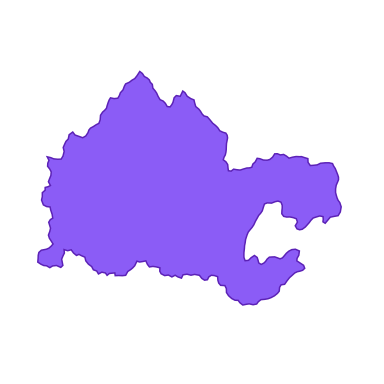 outline of Nepomuceno, Minas Gerais, Brazil, rotated 103°
{"feature_id": "56859067B35796848931723", "entity_name": "Nepomuceno", "entity_type": "district", "adm_level": 2, "iso_a3": "BRA", "parent_name": "Brazil", "parent_adm1": "Minas Gerais", "projection": "mercator", "projection_center": [-45.258, -21.211], "detail": "fine", "context": "isolated", "style": "filled", "palette": "violet", "viewbox_px": 384, "rotation_deg": 103, "n_neighbors": 0, "source": "geoboundaries", "source_scale": "gbopen_adm2", "svg_char_len": 4542}
<svg xmlns="http://www.w3.org/2000/svg" viewBox="0 0 384 384"><g transform="rotate(103 192 192)"><path d="M132.7,65.0L133.6,68.8L135.1,73.3L137.4,76.1L138.5,79.2L139.6,82.7L137.0,85.6L133.4,86.6L133.2,89.9L132.9,93.2L133.5,95.7L134.0,98.5L135.5,102.0L137.2,105.1L135.7,108.2L134.8,111.2L136.0,114.3L135.5,117.4L136.2,120.0L139.9,121.3L142.8,123.5L144.1,125.9L144.8,129.5L144.3,133.4L144.5,136.1L148.5,137.2L151.1,139.0L154.4,139.3L155.6,141.5L156.3,144.0L158.1,147.2L159.8,150.0L160.2,153.2L160.4,156.6L162.8,158.5L163.1,161.3L160.8,162.2L157.2,163.4L154.9,165.8L153.6,168.8L150.9,168.6L148.4,167.9L145.5,167.9L142.9,168.2L139.9,168.8L137.0,169.3L131.3,169.5L128.8,170.5L127.0,172.3L126.8,175.5L126.1,178.7L123.5,181.4L121.9,184.0L120.3,187.4L117.9,190.4L115.3,194.0L115.2,197.4L113.7,199.7L111.4,201.9L109.7,204.0L107.9,207.6L104.3,209.6L101.8,210.8L101.3,214.1L99.8,218.2L96.8,221.2L95.7,223.7L98.4,224.3L101.4,225.0L101.6,229.0L104.2,230.6L108.9,230.7L111.3,231.3L114.0,232.5L114.3,235.4L111.6,237.9L109.9,240.5L109.2,243.9L106.4,246.6L103.7,248.6L101.8,250.6L99.6,253.5L96.0,254.9L94.5,257.3L92.4,258.8L91.0,261.3L90.2,264.4L87.7,267.0L86.3,270.0L91.0,271.7L94.4,273.3L96.5,275.6L99.2,277.8L101.6,281.0L104.1,281.7L108.0,282.2L111.4,284.1L114.5,284.5L117.3,285.4L118.5,288.9L118.6,292.6L120.9,293.4L123.5,293.8L126.9,294.1L129.7,294.2L132.2,295.6L134.3,297.1L137.8,298.4L142.4,297.7L146.1,298.2L147.9,300.4L150.4,302.8L152.6,305.3L154.8,306.4L157.6,306.7L161.3,308.1L163.7,310.7L163.2,315.0L162.8,318.8L160.4,321.7L163.8,324.6L168.2,324.5L171.0,326.2L173.8,326.8L177.6,327.5L181.2,325.7L186.0,325.8L189.4,326.9L190.3,330.2L190.8,334.2L190.3,337.4L190.3,341.0L193.3,338.5L196.3,339.0L199.4,338.5L201.8,335.6L204.1,333.7L207.6,333.2L211.2,333.8L214.3,334.2L217.5,331.4L219.2,333.4L220.6,336.1L223.3,335.5L226.3,337.7L230.3,336.8L233.7,336.8L238.0,333.9L238.9,330.4L238.5,326.9L241.2,325.7L245.3,323.2L248.9,321.8L250.7,323.8L253.7,324.8L256.5,323.2L259.1,321.7L262.4,321.7L266.3,322.2L269.2,320.5L271.1,318.5L273.9,315.7L276.4,317.0L278.9,318.8L280.5,321.0L282.6,325.7L285.3,327.6L288.2,327.6L291.4,327.0L295.0,326.5L296.3,323.1L297.0,319.9L296.6,317.2L297.7,313.5L295.4,311.2L294.1,307.5L295.0,302.9L292.6,301.3L289.2,302.8L286.8,303.9L283.6,303.4L280.2,302.6L276.9,303.7L277.2,300.0L275.5,296.7L278.1,293.7L279.8,290.3L278.2,288.1L278.9,285.5L279.6,281.7L283.0,280.0L285.6,276.7L287.2,273.0L290.0,270.6L290.4,267.1L292.9,264.7L290.4,261.8L290.4,258.1L292.3,256.0L290.0,254.2L289.0,251.4L288.2,249.0L290.8,248.0L289.9,244.8L289.2,241.0L288.1,237.9L283.9,236.7L281.4,234.3L279.3,232.7L276.7,231.2L271.8,230.1L272.0,227.3L270.8,224.3L269.5,221.5L272.6,219.1L274.6,216.6L273.3,213.4L273.0,210.1L273.1,206.2L276.4,205.6L278.6,203.7L279.6,199.8L278.2,196.3L279.3,192.5L276.9,189.7L277.9,186.7L278.3,182.9L274.7,182.1L273.2,178.4L273.3,174.3L271.7,170.9L271.5,166.0L274.0,163.0L275.1,159.9L274.0,157.2L271.1,156.6L268.8,154.5L268.4,151.5L268.7,148.0L272.2,146.9L274.7,145.5L276.5,143.1L275.8,138.9L278.4,136.8L282.2,135.8L284.8,133.1L286.9,129.3L287.8,125.7L287.2,122.7L289.2,120.3L290.7,117.1L289.0,113.4L288.1,111.0L288.1,107.1L286.6,103.8L284.0,102.7L281.4,100.6L280.2,97.0L278.9,93.9L277.2,91.3L274.6,88.3L271.5,85.9L269.0,84.7L265.2,85.2L262.4,84.3L261.1,81.0L257.1,79.4L253.5,77.7L250.7,75.7L247.8,73.7L246.0,71.5L244.9,69.1L243.4,66.6L241.0,65.0L238.3,66.8L236.9,70.6L235.5,74.4L233.0,74.7L229.6,73.7L225.3,74.1L224.5,78.4L225.7,81.8L227.9,84.4L230.5,86.3L233.7,87.9L235.9,89.1L237.3,91.2L236.9,94.1L236.6,96.8L237.3,99.4L238.1,102.0L240.5,103.7L243.1,104.7L245.1,106.0L247.0,108.3L246.1,111.0L243.4,112.4L241.1,113.8L239.8,116.9L242.7,119.6L245.9,121.6L247.0,124.8L244.0,126.7L241.6,127.3L239.2,127.8L235.5,128.2L232.5,128.7L229.3,128.8L226.2,129.1L221.5,128.7L218.5,128.2L216.1,127.1L213.0,125.5L210.1,124.4L206.2,123.6L202.5,122.5L199.9,121.8L197.4,120.4L194.6,119.3L190.4,119.0L187.4,118.7L185.7,116.3L184.9,111.9L182.8,108.9L181.5,106.2L181.9,103.0L184.7,101.1L187.3,100.5L189.8,100.2L193.0,99.6L195.1,97.2L195.1,94.1L194.3,91.1L194.2,87.6L194.6,84.3L197.6,82.5L201.7,83.8L204.3,81.4L204.6,78.7L203.5,76.2L200.6,73.7L197.7,72.1L195.5,70.9L192.9,69.8L190.1,68.1L188.4,65.3L186.6,62.1L186.5,58.8L189.0,58.0L191.6,57.7L192.5,55.2L189.0,53.4L185.4,51.6L183.6,47.6L182.2,44.3L178.1,43.0L172.9,43.3L169.1,45.6L167.2,47.8L165.0,49.4L162.7,50.7L160.2,52.0L156.6,52.8L153.0,53.0L149.6,52.4L147.1,52.0L144.6,52.6L142.4,53.9L139.5,55.9L136.9,57.7L134.9,59.8L132.7,61.5L132.7,65.0Z" fill="#8b5cf6" stroke="#5b21b6" stroke-width="1.5"/></g></svg>